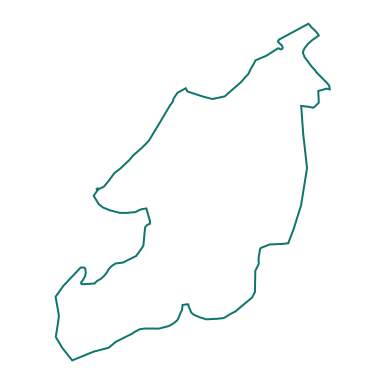 the district of Ash Sha'ir, Ibb, Yemen, rotated 88°
{"feature_id": "15242507B78459135139999", "entity_name": "Ash Sha'ir", "entity_type": "district", "adm_level": 2, "iso_a3": "YEM", "parent_name": "Yemen", "parent_adm1": "Ibb", "projection": "natural_earth1", "projection_center": [44.362, 14.033], "detail": "fine", "context": "isolated", "style": "outline", "palette": "teal", "viewbox_px": 384, "rotation_deg": 88, "n_neighbors": 0, "source": "geoboundaries", "source_scale": "gbopen_adm2", "svg_char_len": 3053}
<svg xmlns="http://www.w3.org/2000/svg" viewBox="0 0 384 384"><g transform="rotate(88 192 192)"><path d="M246.5,97.6L232.0,91.5L218.6,86.8L213.8,85.1L209.3,83.5L182.8,78.3L172.0,76.2L171.9,76.2L147.4,78.1L142.4,78.5L138.5,78.8L126.4,79.3L119.6,79.5L118.0,79.6L109.8,79.9L110.9,72.7L112.0,67.8L110.2,65.4L107.1,62.2L101.7,62.2L97.5,62.3L95.5,62.3L93.4,54.1L94.2,50.8L90.7,51.1L88.4,52.7L76.0,64.1L75.3,64.2L71.0,67.9L66.6,71.0L66.4,71.0L61.1,74.8L59.0,75.4L57.2,76.3L54.8,75.8L52.2,74.5L49.3,72.0L48.0,70.9L44.6,66.8L40.1,59.9L39.1,60.4L38.5,60.6L37.1,61.7L35.3,63.1L31.0,67.4L29.9,68.0L27.9,69.8L42.7,99.7L44.2,100.9L44.7,100.8L45.6,99.9L46.0,99.8L46.4,99.5L47.2,98.7L47.8,97.9L48.5,97.2L49.3,96.8L50.3,96.5L50.7,96.4L51.3,96.4L51.9,96.7L52.5,97.8L52.6,98.5L52.2,99.3L51.6,100.0L51.5,100.6L51.4,101.0L58.4,112.9L59.1,114.8L62.7,124.1L65.2,125.3L69.5,128.0L72.2,129.6L75.9,131.5L79.6,135.2L82.6,138.0L84.1,139.4L86.1,141.9L86.5,142.3L89.5,146.1L95.5,153.4L97.5,155.9L97.6,156.1L99.8,168.4L97.2,177.1L93.5,187.2L93.4,187.6L92.7,189.5L91.3,193.1L88.1,194.6L92.3,203.0L97.7,207.0L101.3,208.2L104.8,211.0L110.8,214.9L119.7,220.6L121.3,221.6L121.6,221.8L123.0,222.7L138.9,233.1L143.2,237.4L148.1,242.9L148.5,243.5L150.4,245.8L153.5,249.7L158.4,254.0L158.9,254.7L160.7,256.7L163.2,259.5L165.9,262.6L168.6,266.3L169.6,267.8L170.2,268.6L170.3,268.8L178.2,275.1L180.6,277.2L181.4,277.9L183.5,279.7L185.6,284.4L185.5,284.7L186.1,285.3L185.1,286.2L185.8,287.2L187.4,286.7L192.4,290.4L201.1,285.5L204.5,281.3L207.0,275.6L207.7,273.8L210.3,265.0L210.6,257.5L210.1,249.2L208.8,246.6L207.5,243.2L207.1,240.3L206.9,238.2L219.3,235.1L222.2,235.0L223.3,237.9L225.5,240.0L226.2,240.1L227.3,240.3L228.0,240.4L231.0,240.8L232.3,241.0L233.4,241.1L240.3,242.0L244.1,242.5L250.3,247.1L252.3,248.7L253.9,249.9L260.1,263.5L260.6,269.0L260.8,271.0L263.1,274.7L266.4,278.2L269.1,279.6L272.7,282.7L275.7,286.2L277.4,289.7L278.6,291.2L279.9,292.2L280.1,293.6L280.3,301.7L280.4,303.1L280.1,305.6L279.0,306.1L278.0,305.6L277.0,304.7L274.9,303.2L272.2,301.7L269.0,301.0L264.5,301.4L263.7,302.9L263.6,305.9L281.5,324.0L290.4,330.8L292.0,332.0L298.9,331.0L300.7,330.7L306.1,330.0L306.9,329.9L311.3,329.3L317.1,330.3L318.2,330.5L332.1,333.2L343.4,327.0L356.1,317.6L349.9,300.8L348.0,295.4L344.7,280.6L339.0,273.3L331.4,256.6L330.1,254.7L327.4,249.2L326.8,244.2L326.9,240.8L327.3,231.4L327.3,229.4L325.1,219.6L324.7,218.9L323.6,216.8L322.7,215.1L319.9,211.4L318.0,210.2L316.7,209.5L312.4,207.7L309.5,206.0L305.2,205.5L304.6,205.4L304.3,202.8L304.2,202.1L304.0,200.5L304.3,199.7L304.6,199.9L310.1,197.8L312.7,196.8L314.8,194.3L316.6,190.5L316.7,190.4L317.2,189.4L317.5,188.7L318.9,184.6L319.7,182.5L319.7,178.8L319.6,175.0L319.6,171.4L319.1,164.7L318.6,163.7L315.3,157.9L312.6,152.3L312.3,152.0L308.1,146.7L307.7,146.2L303.4,140.6L299.6,135.7L295.6,133.4L294.2,132.6L273.1,131.5L269.7,129.7L269.4,129.5L266.1,127.8L260.7,127.8L251.5,126.0L250.4,125.3L250.0,124.2L247.1,116.1L247.1,111.8L247.1,110.9L247.1,104.4L246.6,97.6L246.5,97.6Z" fill="none" stroke="#0f766e" stroke-width="2"/></g></svg>